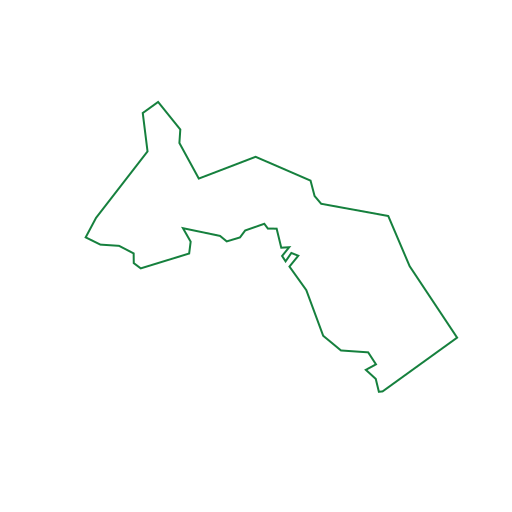 outline of Jur River, Western Bahr el Ghazal, South Sudan, rotated 327°
{"feature_id": "79223893B97545569096613", "entity_name": "Jur River", "entity_type": "district", "adm_level": 2, "iso_a3": "SSD", "parent_name": "South Sudan", "parent_adm1": "Western Bahr el Ghazal", "projection": "orthographic", "projection_center": [27.953, 7.62], "detail": "fine", "context": "isolated", "style": "outline", "palette": "green", "viewbox_px": 512, "rotation_deg": 327, "n_neighbors": 0, "source": "geoboundaries", "source_scale": "gbopen_adm2", "svg_char_len": 751}
<svg xmlns="http://www.w3.org/2000/svg" viewBox="0 0 512 512"><g transform="rotate(327 256 256)"><path d="M238.9,74.4L222.0,109.2L142.6,136.9L123.3,147.6L131.7,161.7L146.7,172.9L154.8,187.2L149.6,195.4L152.6,203.6L201.3,217.5L209.0,208.4L209.9,192.9L236.8,219.6L239.4,227.8L252.7,231.7L260.8,228.7L280.5,233.5L280.9,239.5L288.2,244.3L281.7,262.8L288.6,266.7L277.9,270.2L277.9,276.6L287.3,272.7L291.6,278.8L278.3,283.1L279.6,312.0L268.9,359.5L275.8,381.5L297.6,397.9L297.6,412.2L286.1,411.3L289.5,424.3L285.1,436.8L288.4,438.5L380.2,434.0L379.3,348.2L388.7,294.5L355.0,262.7L339.1,247.7L337.8,237.6L342.8,222.5L313.6,178.5L309.7,172.6L250.2,159.9L253.3,119.5L261.4,108.7L257.8,73.5L238.9,74.4Z" fill="none" stroke="#15803d" stroke-width="2"/></g></svg>